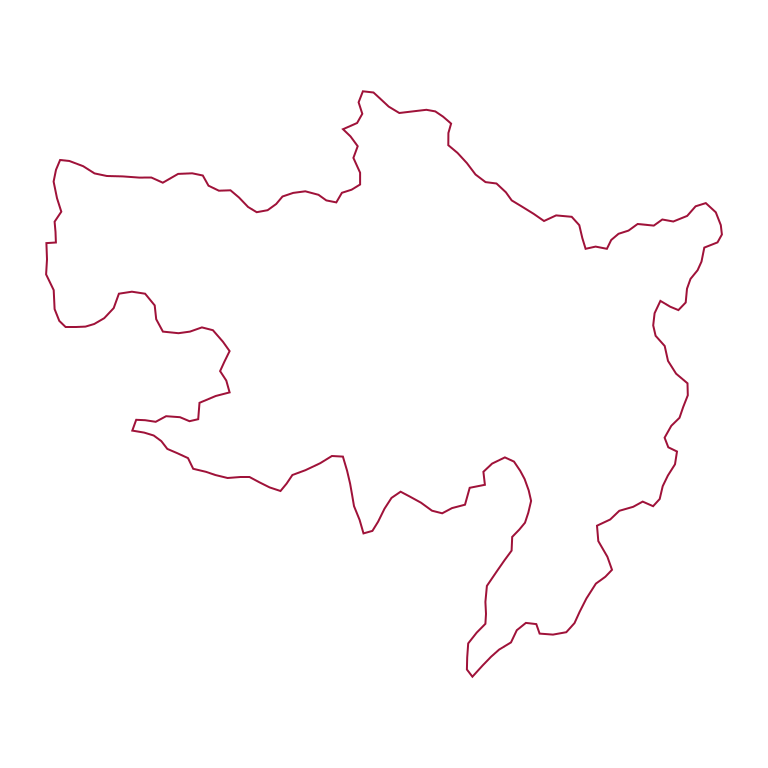 Rio Novo, Minas Gerais, Brazil
{"feature_id": "56859067B13778291435319", "entity_name": "Rio Novo", "entity_type": "district", "adm_level": 2, "iso_a3": "BRA", "parent_name": "Brazil", "parent_adm1": "Minas Gerais", "projection": "albers", "projection_center": [-43.147, -21.481], "detail": "fine", "context": "isolated", "style": "outline", "palette": "rose", "viewbox_px": 768, "rotation_deg": 0, "n_neighbors": 0, "source": "geoboundaries", "source_scale": "gbopen_adm2", "svg_char_len": 2995}
<svg xmlns="http://www.w3.org/2000/svg" viewBox="0 0 768 768"><path d="M662.3,219.5L653.8,225.6L637.6,224.0L628.5,230.6L618.5,233.8L611.2,240.0L606.9,248.8L595.6,246.6L585.6,248.8L582.3,238.0L579.3,225.2L571.7,216.8L556.1,215.4L544.0,221.0L533.6,213.8L521.3,206.2L511.7,200.4L505.9,192.3L496.5,183.5L485.5,182.1L475.5,174.5L466.9,163.1L457.5,152.9L448.3,145.2L448.4,133.0L451.1,123.6L443.0,116.6L435.3,111.4L426.4,109.8L414.4,111.2L399.3,113.0L388.7,106.6L381.1,99.5L373.5,92.5L362.9,91.3L358.6,102.3L362.3,113.8L357.1,123.0L343.0,129.2L350.5,136.4L357.7,146.2L353.4,157.9L360.1,172.7L360.1,184.5L351.6,189.7L341.9,192.8L336.3,202.4L326.3,200.4L318.5,194.8L305.3,191.3L293.2,192.9L282.5,196.5L276.2,204.0L267.6,210.2L256.7,212.2L248.1,207.0L239.0,197.5L230.5,190.3L218.9,190.7L208.5,185.7L202.8,175.5L192.2,173.3L178.1,173.9L162.8,182.7L151.3,177.5L139.3,177.6L122.7,176.4L106.9,176.0L94.5,173.4L83.2,166.2L69.4,161.0L60.1,160.0L56.0,169.8L53.6,181.6L57.0,198.2L61.3,211.7L54.6,221.7L55.5,231.9L55.9,242.5L46.4,243.1L47.0,259.4L46.1,274.4L53.7,290.1L54.6,309.1L59.3,320.9L65.6,327.0L76.0,327.0L85.5,326.6L94.2,324.0L104.2,318.2L113.7,308.1L118.9,293.7L131.9,291.7L145.1,293.7L154.7,305.4L156.2,319.2L162.9,331.6L178.5,333.2L190.0,331.6L201.9,327.4L212.9,330.2L222.9,341.7L229.6,351.1L224.4,361.7L220.1,371.1L226.3,380.6L229.6,392.4L215.7,396.0L199.5,402.8L198.2,419.2L189.5,421.2L180.0,417.2L166.1,416.2L155.7,421.8L145.1,420.2L136.2,419.8L132.3,430.6L144.2,432.6L153.7,435.5L161.3,441.1L167.3,448.9L177.1,453.1L188.0,458.1L193.2,468.8L205.9,471.8L215.3,475.0L227.6,478.0L240.4,477.0L249.5,477.0L259.2,482.2L269.6,487.4L280.5,491.0L286.6,483.6L292.4,475.0L305.4,470.2L320.2,463.2L331.9,456.0L342.9,456.6L347.1,470.8L350.1,483.6L352.0,494.3L354.0,506.1L359.6,519.9L363.5,533.4L372.4,530.9L378.1,521.7L384.5,508.7L391.5,497.9L400.6,491.7L409.7,496.5L421.0,502.7L432.0,510.7L442.2,513.3L452.0,508.1L465.0,504.7L469.7,487.8L484.9,484.8L483.4,471.8L492.1,463.6L504.9,457.4L514.0,461.6L520.2,470.8L524.6,479.0L528.7,490.4L531.1,500.9L528.3,512.7L525.0,522.7L519.2,529.7L512.2,536.9L511.6,550.6L504.4,560.4L496.9,571.2L486.9,585.9L485.4,601.9L486.0,613.9L485.4,623.8L476.7,632.6L468.2,643.4L467.2,657.4L466.9,669.5L472.4,676.7L482.6,665.5L491.0,656.8L499.1,649.6L511.0,642.4L516.8,630.2L525.9,622.9L536.3,624.1L539.6,633.6L553.0,634.6L566.3,632.2L574.5,623.1L579.7,611.7L586.4,598.5L595.9,583.6L605.3,576.8L612.0,569.8L607.4,556.8L598.3,541.1L597.0,525.7L610.2,519.5L619.3,510.8L633.2,506.8L642.7,501.6L653.1,506.2L659.7,499.0L662.7,486.2L667.9,475.5L675.0,464.3L677.0,451.5L668.3,447.3L664.6,437.7L671.3,425.8L679.5,417.8L683.2,407.0L687.8,395.3L687.5,383.3L676.1,373.7L668.0,360.9L664.7,346.0L655.6,335.8L653.2,325.4L654.6,313.2L660.4,300.9L670.2,306.7L678.4,310.1L685.7,302.5L687.0,288.7L690.5,278.9L697.6,270.2L701.5,261.6L704.3,247.6L717.5,242.4L721.9,234.5L720.8,225.1L715.8,212.3L705.8,203.1L695.6,206.3L687.2,215.9L673.3,221.5L662.3,219.5Z" fill="none" stroke="#9f1239" stroke-width="2"/></svg>